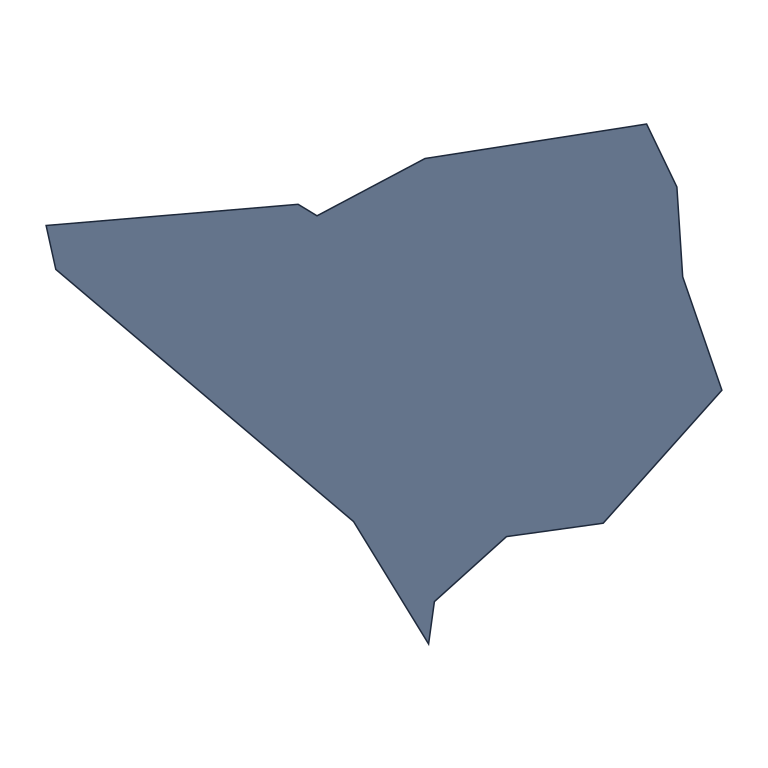 Twic East, Jonglei, South Sudan
{"feature_id": "79223893B26459782826909", "entity_name": "Twic East", "entity_type": "district", "adm_level": 2, "iso_a3": "SSD", "parent_name": "South Sudan", "parent_adm1": "Jonglei", "projection": "orthographic", "projection_center": [31.334, 7.029], "detail": "fine", "context": "isolated", "style": "filled", "palette": "slate", "viewbox_px": 768, "rotation_deg": 0, "n_neighbors": 0, "source": "geoboundaries", "source_scale": "gbopen_adm2", "svg_char_len": 310}
<svg xmlns="http://www.w3.org/2000/svg" viewBox="0 0 768 768"><path d="M428.6,644.0L434.4,601.6L506.5,536.6L603.2,523.2L721.9,390.2L682.7,276.8L676.9,187.0L646.6,124.0L425.0,158.5L317.0,215.8L298.1,204.3L46.1,225.5L55.8,269.4L353.6,521.6L428.6,644.0Z" fill="#64748b" stroke="#1e293b" stroke-width="1.5"/></svg>